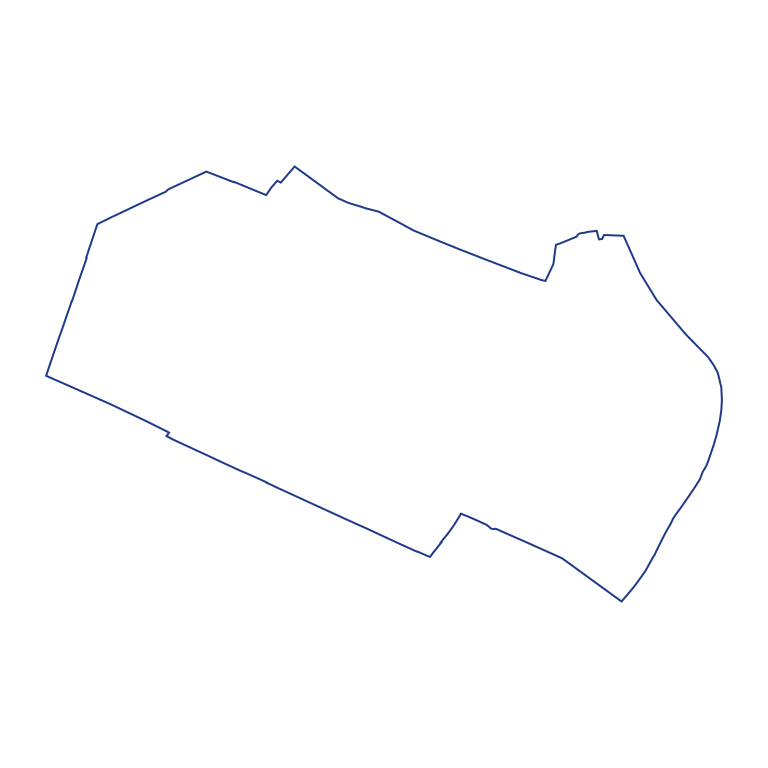 Tichilesti, Braila, Romania (Natural Earth projection)
{"feature_id": "2599482B652053603883", "entity_name": "Tichilesti", "entity_type": "district", "adm_level": 2, "iso_a3": "ROU", "parent_name": "Romania", "parent_adm1": "Braila", "projection": "natural_earth1", "projection_center": [27.899, 45.141], "detail": "fine", "context": "isolated", "style": "outline", "palette": "blue", "viewbox_px": 768, "rotation_deg": 0, "n_neighbors": 0, "source": "geoboundaries", "source_scale": "gbopen_adm2", "svg_char_len": 2281}
<svg xmlns="http://www.w3.org/2000/svg" viewBox="0 0 768 768"><path d="M621.5,601.5L627.2,594.9L628.8,593.0L630.4,591.1L633.1,587.9L636.7,583.2L641.0,577.2L645.3,571.2L648.3,565.8L651.0,560.8L653.2,557.0L654.6,554.8L656.8,550.1L659.6,544.5L662.9,537.8L665.2,533.4L666.7,530.6L668.8,527.0L670.7,523.7L672.9,519.0L674.8,516.0L677.5,512.1L680.3,508.5L682.7,505.0L686.3,499.8L689.1,495.8L694.7,487.5L699.9,479.3L702.6,472.1L706.3,465.8L707.9,462.0L711.5,451.4L714.0,444.0L716.3,436.0L719.8,420.8L721.3,410.3L721.9,400.2L721.3,387.5L719.3,379.0L717.8,372.9L713.8,365.3L708.0,357.0L699.8,348.7L686.0,334.6L682.0,329.9L669.0,314.6L656.5,299.9L644.2,279.7L640.1,273.0L631.9,254.4L623.6,235.8L607.2,235.1L604.1,235.0L602.1,239.0L599.0,239.4L596.7,230.9L587.0,232.0L585.5,232.6L584.3,232.8L582.3,233.0L580.5,233.3L579.0,233.8L577.9,234.7L576.5,236.7L559.9,243.5L556.0,244.8L555.2,249.8L553.4,264.0L545.4,281.0L541.0,279.9L540.2,279.6L521.0,273.1L486.1,259.7L459.1,249.2L436.5,240.0L413.4,230.4L401.5,223.9L378.6,211.6L365.3,208.2L361.3,206.8L350.3,203.5L346.8,202.2L340.2,199.2L338.2,198.4L294.6,166.5L280.8,182.6L277.2,180.8L271.5,187.3L266.2,195.1L234.1,181.9L233.9,182.2L233.0,181.9L206.3,171.6L168.2,189.4L165.8,191.7L147.0,200.4L135.5,205.8L130.3,208.3L115.4,215.4L111.8,217.0L100.5,222.6L97.4,224.1L96.6,226.4L88.8,249.8L86.2,257.8L86.7,258.1L79.5,278.7L72.1,301.0L71.8,300.9L69.1,308.9L66.8,315.4L62.5,328.0L60.5,333.7L59.4,336.6L56.0,346.5L46.1,375.8L59.5,381.7L80.6,391.0L93.5,396.7L109.6,403.8L138.1,417.3L153.2,424.6L153.3,424.7L167.7,431.9L169.0,432.6L166.5,436.1L169.8,437.8L172.5,439.3L178.4,442.0L184.3,444.8L192.4,448.5L195.1,449.8L207.8,455.6L216.2,459.6L224.6,463.5L240.1,470.6L246.2,473.2L253.7,476.5L266.9,482.5L266.7,482.8L273.1,485.7L274.4,486.4L308.6,502.1L338.7,515.9L358.0,524.7L365.1,527.8L386.4,537.7L395.0,541.7L400.0,544.0L405.1,546.3L410.2,548.6L414.1,550.4L417.3,551.8L417.5,551.6L425.8,555.2L427.9,556.1L430.0,556.9L430.8,555.9L433.4,552.3L437.0,548.0L438.9,545.4L441.3,542.6L440.8,542.4L444.9,537.3L448.5,532.8L453.4,526.0L459.1,516.9L460.9,513.7L468.0,516.5L474.2,519.2L486.7,524.9L489.4,527.1L491.0,528.6L493.5,529.1L495.7,528.7L506.9,533.7L523.7,541.1L545.0,550.6L553.7,554.5L562.4,558.5L621.5,601.5Z" fill="none" stroke="#1e3a8a" stroke-width="2"/></svg>